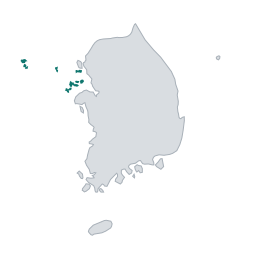 location of Ongjin-gun, Gyeonggi, South Korea, rotated 354°
{"feature_id": "91817680B43125449030549", "entity_name": "Ongjin-gun", "entity_type": "district", "adm_level": 2, "iso_a3": "KOR", "parent_name": "South Korea", "parent_adm1": "Gyeonggi", "projection": "robinson", "projection_center": [125.875, 37.5], "detail": "fine", "context": "in_parent", "style": "filled", "palette": "teal", "viewbox_px": 256, "rotation_deg": 354, "n_neighbors": 0, "source": "geoboundaries", "source_scale": "gbopen_adm2", "svg_char_len": 6914}
<svg xmlns="http://www.w3.org/2000/svg" viewBox="0 0 256 256"><g transform="rotate(354 128 128)"><path d="M92.3,57.0L93.2,56.3L93.3,55.3L93.3,51.9L96.0,49.6L99.9,44.7L101.8,42.1L104.0,39.7L106.5,38.0L108.9,37.2L112.8,36.9L120.3,37.2L121.7,36.9L126.9,36.7L128.1,37.1L131.9,37.4L136.1,37.1L138.1,36.4L140.1,35.1L141.8,33.0L143.5,28.9L145.3,25.7L146.4,25.1L154.2,42.1L161.6,53.0L167.9,61.0L177.0,76.3L179.7,84.4L180.0,89.5L181.6,96.5L180.4,100.4L180.8,106.7L180.3,110.0L179.3,112.3L179.3,116.9L179.7,119.4L179.8,122.6L180.5,123.9L181.5,124.3L183.1,123.1L185.1,122.7L184.8,126.6L182.5,136.4L180.5,143.6L177.8,149.9L174.2,155.6L169.9,157.8L166.8,158.6L161.0,158.9L156.1,157.9L152.0,158.6L150.3,159.8L149.1,161.9L150.0,165.1L149.9,167.4L148.2,167.2L144.6,165.9L140.7,165.7L138.8,165.0L137.0,161.6L135.1,161.8L131.8,163.8L126.8,164.2L125.1,165.3L124.4,166.7L125.2,168.4L127.7,170.7L126.9,173.1L124.3,174.3L122.1,171.4L120.8,168.6L119.3,168.4L117.0,169.2L116.6,172.2L117.6,174.3L119.4,176.7L117.0,179.5L116.3,181.5L114.5,182.9L109.7,179.7L110.4,177.5L112.5,175.3L112.7,173.1L112.0,171.8L105.2,177.4L101.0,183.8L98.7,183.3L97.8,181.7L96.5,181.0L91.9,185.2L91.1,188.4L89.4,188.5L88.7,187.2L88.6,184.2L87.8,181.7L83.1,178.1L80.9,174.9L82.1,173.1L86.0,174.1L89.1,174.0L88.5,172.5L87.5,171.7L89.6,170.9L91.3,169.2L89.9,168.7L87.7,169.7L85.8,169.2L85.1,165.0L82.9,160.8L81.7,156.6L83.9,154.3L85.0,150.6L87.1,145.2L88.1,143.5L90.9,142.2L91.9,140.8L90.3,140.1L87.9,139.5L87.9,137.9L89.6,137.1L91.5,135.4L95.1,133.3L96.2,129.4L95.2,128.4L92.9,127.5L93.4,125.5L94.3,124.0L94.0,123.1L91.3,120.6L89.5,118.3L90.0,115.6L89.6,111.6L89.8,108.3L89.7,106.5L88.4,102.4L87.8,98.3L86.1,98.9L84.7,99.9L79.7,98.4L78.2,98.4L77.5,95.3L79.3,91.6L83.5,88.3L85.9,87.8L87.8,86.4L90.6,85.9L94.0,88.2L97.1,88.6L98.8,92.5L99.9,93.3L100.1,91.9L102.6,90.2L103.1,89.0L102.6,88.3L99.7,87.6L97.2,82.8L96.8,80.7L95.9,79.3L97.2,75.5L94.3,71.1L92.8,69.7L93.0,65.8L91.5,63.3L90.6,61.9L90.1,59.5L90.5,58.4L91.9,58.0L92.3,57.0ZM83.0,230.0L81.5,230.9L80.2,230.4L79.8,230.0L78.2,227.8L77.8,226.7L78.9,224.5L83.3,221.0L94.7,217.6L96.7,217.5L101.2,218.9L102.2,221.6L101.4,224.0L100.3,225.6L95.1,228.2L91.1,229.5L83.0,230.0ZM159.4,170.1L156.4,172.5L152.3,169.3L151.4,167.6L154.4,165.0L157.0,162.1L158.7,162.0L159.4,170.1ZM138.0,169.9L137.6,173.6L135.4,173.8L134.1,171.4L132.6,172.5L131.9,172.6L130.8,169.6L130.6,167.2L133.2,165.5L134.8,166.5L137.1,167.1L138.0,169.9ZM79.9,186.4L77.9,187.0L76.8,185.7L76.0,185.3L76.4,183.6L79.7,180.2L80.4,179.1L83.4,179.8L84.6,181.6L83.2,184.3L79.9,186.4ZM88.7,58.7L88.6,63.8L86.9,63.5L85.7,63.0L85.2,62.1L84.0,57.4L85.3,55.5L87.9,57.0L88.7,58.7ZM78.0,172.7L77.5,173.6L76.2,173.3L74.7,170.7L74.2,168.7L72.7,167.5L75.0,165.7L77.9,169.0L78.0,172.7ZM85.6,105.9L85.2,108.4L83.1,106.7L82.5,101.4L84.6,102.9L85.6,105.9ZM226.4,68.5L225.0,69.7L223.3,68.5L223.1,67.3L223.9,66.3L226.0,65.7L226.9,66.6L226.4,68.5ZM96.4,187.4L97.0,189.2L94.4,188.9L93.0,187.1L93.2,185.7L94.7,185.4L96.4,187.4ZM129.6,177.1L129.2,178.3L127.6,176.5L129.2,174.6L129.6,177.1Z" fill="#d9dde1" stroke="#a8b0b8" stroke-width="1"/><path d="M32.9,50.0L32.8,49.6L32.7,49.5L32.2,49.4L31.9,49.4L31.6,49.5L31.1,49.5L30.0,49.9L29.9,49.9L29.5,49.6L29.2,49.6L29.1,49.8L29.1,50.2L29.3,50.3L29.5,50.5L29.6,50.9L29.9,51.7L30.4,51.6L31.1,51.8L31.3,51.7L31.4,51.9L31.6,51.9L31.8,51.9L31.8,51.7L31.9,51.3L31.9,51.1L31.6,50.9L31.4,50.9L31.5,50.8L31.9,50.8L32.1,50.8L32.3,50.8L32.5,50.6L32.9,50.6L32.9,50.4L33.2,50.3L33.3,50.3L33.2,50.2L32.9,50.0ZM87.2,75.9L86.7,75.9L86.6,76.0L86.4,76.2L86.1,76.3L86.1,76.6L85.9,76.8L86.0,77.8L86.3,77.6L86.5,77.5L86.9,77.6L86.6,77.9L86.8,78.2L87.1,77.9L87.2,77.6L87.6,77.4L87.4,77.2L87.5,77.1L87.7,76.9L87.9,76.9L88.0,77.0L88.2,76.8L88.0,76.5L88.1,76.1L87.9,75.9L87.2,75.9ZM75.9,76.5L75.8,76.3L75.7,76.4L75.7,76.5L75.6,76.8L75.5,77.0L75.3,77.3L75.4,77.7L75.1,78.2L75.3,78.2L75.5,77.9L75.8,78.1L75.6,78.2L75.8,78.3L75.9,78.2L76.0,78.2L76.1,78.4L76.1,78.5L75.9,78.6L76.2,78.7L76.3,78.6L76.9,78.5L77.1,78.4L76.9,78.3L77.0,78.2L77.3,78.2L77.6,77.9L77.3,77.6L77.0,77.6L76.9,77.5L76.7,77.3L76.4,77.2L76.2,76.9L75.9,76.5ZM32.1,54.6L31.9,54.5L31.9,54.8L31.5,54.9L31.2,55.4L31.0,55.6L30.8,55.5L30.6,55.5L30.8,55.6L31.1,55.8L31.3,55.8L31.2,56.2L31.3,56.4L31.3,56.2L31.6,56.0L31.9,56.1L32.1,56.1L32.4,55.8L32.4,55.5L32.4,55.4L32.2,55.1L32.6,54.9L32.5,54.7L32.1,54.6ZM82.3,76.8L81.5,76.5L81.5,76.4L81.4,76.4L81.4,76.6L81.2,76.7L81.3,76.8L81.7,77.0L82.0,77.1L82.4,77.3L82.6,77.3L83.0,77.3L83.2,77.1L83.4,76.8L83.0,76.7L82.9,77.0L82.6,76.8L82.3,76.8ZM87.2,66.6L87.3,66.3L87.1,66.3L87.0,66.2L86.9,66.1L86.6,66.3L86.0,66.7L85.9,67.0L86.1,67.0L86.5,66.9L86.9,67.1L87.0,67.3L87.2,67.2L87.2,66.9L87.1,66.7L87.2,66.6ZM82.7,65.7L82.3,65.6L82.1,65.4L82.2,65.6L82.4,65.8L82.5,65.8L82.6,66.0L82.8,66.2L82.8,66.3L82.7,66.8L82.9,66.7L83.0,66.6L83.5,66.6L83.8,66.6L84.0,66.6L84.4,66.7L84.5,66.3L84.0,66.4L83.8,66.4L83.7,66.4L83.2,66.2L83.1,65.8L82.8,65.8L82.7,65.7ZM63.3,60.8L63.1,61.0L63.0,60.9L62.7,61.0L62.5,60.8L62.4,60.9L62.4,61.0L62.5,61.1L62.6,61.4L62.6,61.5L62.6,61.8L62.8,62.0L62.9,61.9L63.2,61.6L63.4,61.4L63.5,61.2L63.6,60.8L63.4,60.9L63.3,60.8ZM75.2,82.6L74.8,82.7L74.6,82.7L74.4,83.0L74.6,82.9L74.7,83.0L74.8,83.1L74.7,83.2L74.5,83.3L74.7,83.5L74.8,83.4L75.0,83.3L75.2,83.2L75.3,83.0L75.3,82.9L75.2,82.8L75.2,82.6ZM75.8,79.8L75.8,79.7L75.4,79.5L75.3,79.8L75.2,79.8L75.2,80.0L75.4,80.3L75.9,80.4L76.0,80.2L75.8,80.1L76.0,80.0L76.0,79.9L75.8,79.9L75.8,79.8ZM80.9,80.0L80.7,79.8L80.4,79.9L80.2,79.9L80.1,80.1L80.4,80.2L80.9,80.3L81.1,80.7L81.3,80.7L81.1,80.4L81.0,80.2L80.9,80.0ZM33.9,57.4L34.0,57.1L33.7,57.2L33.4,57.2L33.0,57.4L32.9,57.4L32.8,57.7L32.7,57.8L32.8,57.9L33.0,57.8L33.1,57.6L33.5,57.5L33.9,57.6L33.9,57.4ZM78.2,78.7L78.1,78.4L77.9,78.3L77.9,78.1L77.5,78.4L77.6,78.6L77.8,78.7L78.0,78.6L78.1,78.9L78.2,79.3L78.3,79.3L78.2,79.1L78.4,78.9L78.4,78.7L78.2,78.7ZM81.9,80.1L81.7,80.0L81.8,80.3L81.7,80.4L81.8,80.4L82.0,80.4L82.1,80.5L82.3,80.6L82.5,80.5L82.3,80.2L82.2,80.1L81.9,80.1ZM86.1,66.0L85.8,65.9L85.7,66.1L85.6,66.3L85.6,66.5L85.6,66.8L85.8,66.9L85.8,66.7L86.1,66.1L86.3,66.0L86.1,66.0L86.1,66.0ZM72.3,85.3L72.1,85.2L71.8,85.2L71.8,85.3L72.0,85.6L72.3,85.7L72.3,85.9L72.4,86.0L72.7,85.8L73.0,85.7L72.9,85.7L72.6,85.8L72.5,85.7L72.3,85.6L72.2,85.5L72.3,85.3L72.3,85.3ZM71.0,83.2L70.9,83.1L70.8,83.3L70.8,83.5L70.6,83.6L70.7,83.8L70.8,83.7L70.8,83.8L70.8,84.0L71.0,84.0L70.9,83.8L71.0,83.8L70.9,83.8L71.0,83.7L70.9,83.6L71.0,83.5L71.0,83.4L71.1,83.5L71.4,83.6L71.4,83.4L71.1,83.3L71.1,83.2L71.0,83.2ZM79.3,79.6L79.2,79.6L79.3,79.7L79.4,79.9L79.5,79.8L79.8,79.8L80.0,79.9L80.3,79.7L80.0,79.6L79.6,79.6L79.5,79.8L79.4,79.7L79.3,79.6ZM63.7,63.4L63.4,63.4L63.3,63.5L63.2,63.7L63.3,63.8L63.3,63.7L63.5,63.7L63.6,63.8L63.7,63.6L63.7,63.4ZM85.2,66.7L85.4,66.6L85.5,66.5L85.5,66.3L85.4,66.2L85.1,66.4L85.0,66.5L85.2,66.7ZM72.8,84.2L73.0,84.1L73.1,83.9L73.2,83.7L73.0,83.8L72.9,83.9L72.9,84.1L72.8,84.2Z" fill="#14b8a6" stroke="#0f766e" stroke-width="1.5"/></g></svg>